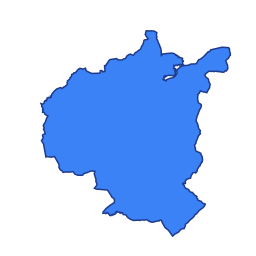 Ajumako-enyan-essiam, Central, Ghana (Mercator projection), rotated 99°
{"feature_id": "2480657B3117094904377", "entity_name": "Ajumako-enyan-essiam", "entity_type": "district", "adm_level": 2, "iso_a3": "GHA", "parent_name": "Ghana", "parent_adm1": "Central", "projection": "mercator", "projection_center": [-1.0, 5.413], "detail": "fine", "context": "isolated", "style": "filled", "palette": "blue", "viewbox_px": 256, "rotation_deg": 99, "n_neighbors": 0, "source": "geoboundaries", "source_scale": "gbopen_adm2", "svg_char_len": 5661}
<svg xmlns="http://www.w3.org/2000/svg" viewBox="0 0 256 256"><g transform="rotate(99 128 128)"><path d="M117.5,217.7L119.3,216.6L120.2,216.6L122.0,215.0L122.8,215.3L123.3,214.6L123.7,215.0L124.4,214.7L125.1,214.9L125.9,214.8L125.8,213.4L126.6,212.5L127.5,212.1L128.7,209.0L131.0,209.9L134.6,210.5L138.9,212.1L141.0,210.8L141.7,210.9L142.2,211.3L144.8,209.7L146.7,208.8L147.5,210.5L148.4,211.3L149.7,210.9L150.4,210.3L151.0,210.2L154.0,211.5L156.9,209.0L169.5,204.5L168.9,203.6L168.8,199.2L167.7,196.1L175.0,190.3L177.9,190.0L179.7,188.6L180.7,186.5L182.0,185.1L181.3,183.3L180.6,178.3L179.8,175.9L180.1,175.0L181.9,173.2L182.5,170.0L182.0,166.6L181.6,165.3L180.0,164.5L179.4,163.6L179.0,162.3L176.9,159.0L176.0,156.6L176.0,153.9L178.5,154.2L183.8,151.6L186.0,151.3L188.1,149.9L188.6,149.8L189.9,150.1L192.8,151.8L193.3,149.9L192.5,138.5L198.1,133.6L198.9,133.1L199.5,131.3L200.6,130.4L202.7,129.8L203.7,129.8L207.5,134.0L209.0,135.1L209.1,135.5L211.2,137.3L213.8,138.7L214.3,139.3L216.1,139.4L215.7,137.6L216.1,136.6L215.6,135.9L214.8,135.5L215.1,135.2L215.0,134.6L216.1,133.6L216.3,132.9L217.1,132.5L217.3,131.3L216.0,130.0L216.4,129.5L215.8,129.3L215.8,128.7L215.2,128.4L215.4,128.0L214.9,127.1L214.0,127.1L213.8,126.4L213.5,126.3L212.5,126.6L212.1,125.7L212.6,125.5L212.7,124.4L212.4,123.4L213.3,122.5L212.9,122.3L213.0,121.8L212.7,121.8L212.8,121.4L212.6,121.0L212.8,120.6L212.6,120.3L214.2,119.2L214.1,117.7L214.3,116.2L215.9,114.9L216.6,113.8L217.7,111.6L218.5,108.2L217.4,103.4L217.5,102.0L216.7,100.5L216.3,96.8L215.5,95.1L216.8,92.8L216.6,92.1L217.2,91.3L217.3,89.7L216.9,88.0L215.3,84.6L215.0,82.8L214.4,82.5L213.9,81.6L213.9,81.0L214.0,80.5L215.1,80.1L220.1,76.2L221.2,74.8L222.2,72.8L223.4,71.3L227.8,67.0L225.5,65.2L223.1,62.0L219.8,59.9L218.9,58.5L218.7,56.9L216.7,56.3L213.7,56.0L212.1,54.2L209.2,52.4L206.4,49.9L204.3,48.6L203.1,48.3L202.1,47.0L198.4,44.8L194.8,41.3L193.3,40.4L191.3,39.7L191.0,39.9L190.5,42.7L188.9,44.3L188.9,45.6L188.6,46.3L188.4,47.6L187.1,48.1L186.0,49.4L185.5,49.5L185.0,49.2L184.8,49.4L184.3,50.3L184.2,51.1L183.4,52.3L183.1,52.4L182.7,53.2L181.6,54.1L181.5,56.5L179.3,58.7L178.4,61.8L177.1,63.1L176.1,63.4L175.2,64.7L174.5,65.3L173.7,64.8L174.1,63.7L173.9,62.7L172.9,62.7L172.2,63.2L170.7,62.9L170.4,62.4L169.5,62.1L167.6,58.3L164.9,58.2L164.1,57.6L162.8,57.3L162.2,56.9L161.5,55.5L161.8,54.1L161.1,53.8L160.2,53.0L158.5,53.2L154.7,51.7L154.0,50.9L152.7,50.9L151.5,50.2L150.8,50.3L150.1,49.5L148.5,49.3L147.1,49.5L144.4,50.4L142.5,52.0L141.6,52.1L141.5,53.0L141.0,53.4L140.9,54.8L140.0,57.3L138.9,58.1L137.1,58.3L135.5,59.4L134.1,59.4L132.6,58.6L130.5,58.5L124.5,57.1L122.3,55.6L121.3,56.3L119.3,56.1L117.5,58.1L113.6,59.6L113.0,60.2L112.0,60.5L110.9,61.7L109.1,61.9L105.8,61.6L98.1,60.0L97.5,59.4L94.2,59.0L93.7,59.2L93.2,59.7L92.1,62.4L89.1,63.6L86.2,64.1L84.8,64.0L84.1,64.3L82.3,63.0L80.0,62.3L80.6,59.3L80.5,57.5L80.8,55.7L77.7,54.7L75.9,53.8L72.0,53.7L69.6,55.4L67.1,56.3L65.3,59.3L64.2,60.0L62.8,60.2L59.2,56.9L59.1,54.3L58.7,53.1L58.8,51.5L58.1,50.7L58.1,49.0L58.3,48.9L57.9,47.3L58.2,47.1L58.2,46.5L57.9,46.2L58.2,43.8L58.0,42.7L57.4,41.5L56.3,41.0L56.3,39.8L54.9,39.1L53.8,38.7L50.2,39.6L46.6,41.9L45.1,41.3L43.3,39.6L41.3,39.2L40.1,38.3L38.0,38.7L36.7,39.5L33.7,40.3L32.9,41.2L33.5,47.8L37.9,58.6L39.8,59.3L40.1,60.7L46.1,64.8L47.7,66.3L48.9,67.6L49.5,68.9L53.6,70.5L54.0,70.9L55.1,76.2L56.1,77.4L56.7,78.7L57.9,83.4L58.4,84.3L58.5,85.3L60.5,86.4L61.3,87.5L63.2,88.6L63.8,88.8L65.9,88.1L69.4,89.5L70.5,90.6L71.7,92.3L72.1,93.9L74.3,97.6L75.5,97.7L75.0,99.1L75.2,100.1L74.5,100.8L74.3,100.9L73.9,100.1L73.4,100.6L72.6,100.4L71.7,100.6L72.0,99.3L71.7,99.1L70.4,99.5L70.4,99.0L70.9,98.2L70.4,97.9L69.6,96.3L69.7,95.3L69.3,94.9L69.5,94.2L69.2,92.5L69.7,90.8L69.3,90.8L68.3,90.1L66.4,89.7L64.9,90.5L64.2,89.7L63.8,89.8L63.4,90.7L62.6,90.0L62.1,90.2L62.0,90.7L62.4,91.8L61.9,92.3L61.0,92.1L59.4,92.4L59.9,91.7L59.0,91.4L58.3,90.5L58.7,89.2L57.6,88.4L57.6,87.6L57.9,87.3L57.4,87.3L56.9,86.6L57.1,86.1L58.0,85.1L57.8,84.9L57.3,85.2L57.0,84.3L57.1,84.0L56.8,83.4L56.6,83.8L55.2,84.2L54.4,84.3L53.5,83.9L53.3,84.5L52.8,84.2L52.3,85.0L51.6,85.2L50.7,85.0L50.1,88.1L50.5,89.2L49.4,89.2L49.2,90.2L48.6,90.7L49.0,91.7L48.8,92.0L48.2,92.1L48.2,92.8L47.4,93.6L47.1,96.4L49.4,105.2L51.1,106.4L46.5,107.3L43.8,108.3L43.1,108.7L42.8,109.2L41.3,109.7L39.1,111.3L36.6,112.6L35.3,113.8L34.7,113.9L33.7,113.6L31.9,114.5L29.3,114.5L28.2,117.1L28.4,120.5L28.9,122.4L29.0,124.7L29.3,125.3L32.9,125.6L34.6,124.3L36.7,122.1L37.6,122.9L38.2,125.0L38.9,125.9L42.9,126.2L45.4,127.4L47.7,127.8L48.6,128.3L50.1,130.1L51.1,130.7L51.8,131.8L52.9,132.9L55.1,133.8L55.4,135.0L54.6,136.9L55.2,138.4L56.8,140.2L59.8,141.5L60.5,143.2L61.5,144.1L62.0,146.0L62.2,147.9L61.9,149.1L61.2,150.1L63.2,156.4L64.7,157.6L66.8,158.3L67.5,158.9L69.5,159.4L69.6,160.0L70.3,160.4L70.2,160.9L70.6,160.9L71.0,160.4L71.6,160.3L72.3,160.6L72.9,160.1L75.6,159.7L76.0,160.0L76.0,161.2L76.5,161.7L75.5,162.6L75.4,163.5L75.8,164.4L77.1,164.1L78.3,164.5L79.8,172.4L78.6,176.7L77.8,178.4L75.6,179.3L76.9,181.8L76.5,184.8L77.3,185.3L77.5,186.0L79.0,187.2L80.2,187.4L80.8,188.2L81.7,188.7L82.0,190.1L82.9,190.3L83.9,192.0L85.9,191.9L87.5,193.2L88.2,193.0L88.9,193.3L91.0,195.2L91.9,195.0L92.8,195.3L93.7,194.8L94.2,194.8L95.7,195.6L96.3,196.4L96.9,196.6L97.5,197.8L98.5,198.7L99.3,199.2L98.6,200.9L100.6,204.5L103.2,206.6L106.2,208.4L108.2,208.7L108.6,209.5L109.1,209.1L109.5,209.2L109.7,208.9L110.3,209.6L110.0,210.5L110.4,210.9L110.3,211.5L110.8,211.7L111.0,212.6L112.7,212.5L113.0,212.7L113.2,213.2L113.5,213.0L113.7,213.4L114.0,213.2L114.3,214.5L115.4,214.8L116.3,214.7L117.5,215.6L117.7,216.1L117.5,217.7Z" fill="#3b82f6" stroke="#1e3a8a" stroke-width="1.5"/></g></svg>